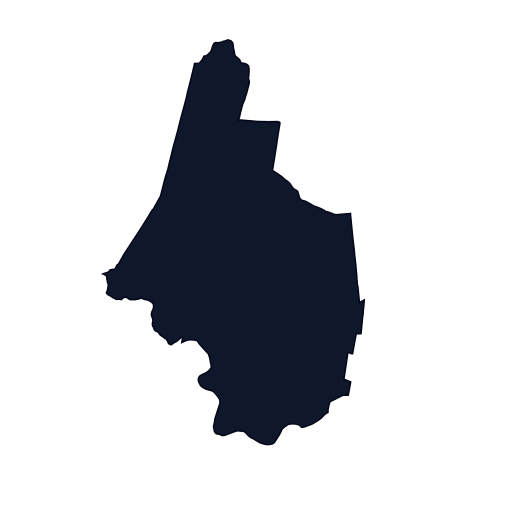 outline of Ghimpeteni, Olt, Romania, rotated 300°
{"feature_id": "2599482B72624598391885", "entity_name": "Ghimpeteni", "entity_type": "district", "adm_level": 2, "iso_a3": "ROU", "parent_name": "Romania", "parent_adm1": "Olt", "projection": "robinson", "projection_center": [24.795, 44.293], "detail": "fine", "context": "isolated", "style": "filled", "palette": "ink", "viewbox_px": 512, "rotation_deg": 300, "n_neighbors": 0, "source": "geoboundaries", "source_scale": "gbopen_adm2", "svg_char_len": 6129}
<svg xmlns="http://www.w3.org/2000/svg" viewBox="0 0 512 512"><g transform="rotate(300 256 256)"><path d="M340.1,316.6L332.6,305.8L331.7,304.5L331.6,303.9L331.2,303.2L330.7,299.3L330.0,295.7L329.4,294.6L329.6,292.3L329.5,288.5L328.9,284.4L328.2,280.6L328.3,276.6L328.2,271.7L327.8,270.0L327.3,268.3L327.2,267.2L327.8,265.3L328.7,264.1L331.8,260.9L332.7,259.9L333.0,258.9L333.1,255.2L333.3,254.2L334.0,252.6L335.8,249.0L336.4,246.3L336.7,243.1L337.7,237.9L338.4,227.5L360.4,219.1L371.2,214.8L383.2,210.3L383.6,209.5L383.5,208.4L383.3,207.8L382.9,206.9L378.7,199.9L375.0,193.2L373.3,190.1L370.1,183.2L365.2,172.8L367.9,172.3L372.3,170.9L380.3,168.7L381.3,168.5L384.5,168.1L386.2,168.0L387.2,167.6L392.2,166.5L401.4,164.0L403.2,163.3L404.2,162.5L405.9,160.8L406.5,160.4L409.2,159.3L412.7,157.5L415.5,155.8L416.8,154.5L417.2,153.4L417.4,152.0L417.0,149.6L416.3,148.1L416.1,147.1L415.9,146.4L416.1,145.8L416.8,145.1L417.3,144.4L417.7,143.8L418.0,143.1L418.4,141.2L418.7,139.0L418.8,138.4L419.2,137.7L419.6,137.1L420.4,136.4L422.7,134.5L423.9,133.3L426.0,131.6L427.2,130.8L428.0,130.2L428.6,129.6L429.2,128.8L429.8,126.7L429.8,126.3L429.6,125.5L429.5,125.0L429.1,123.6L428.8,123.2L428.3,122.9L427.6,122.5L426.7,121.7L426.3,121.1L425.8,120.5L424.6,119.7L423.5,118.7L422.3,117.2L421.3,115.9L421.1,115.1L420.8,114.4L420.1,113.9L419.1,113.4L417.2,113.4L415.9,113.6L415.5,113.6L413.3,114.2L411.7,114.5L410.1,114.6L408.4,114.1L406.1,113.5L405.0,112.9L404.4,112.6L404.0,112.2L403.7,111.7L403.4,111.3L403.2,111.1L402.5,111.0L402.1,111.0L400.9,111.3L398.6,111.2L397.6,111.1L397.2,110.9L394.9,110.5L394.5,110.3L394.0,109.7L392.8,107.8L392.1,106.5L388.9,107.5L385.0,108.7L368.1,113.6L364.6,114.5L358.4,116.5L351.1,118.5L338.5,121.8L325.6,125.5L321.8,126.5L314.8,128.3L308.3,130.0L298.6,132.9L292.2,134.7L291.0,135.1L287.8,136.1L283.8,137.0L278.1,138.3L273.1,139.7L267.0,141.4L261.7,142.9L259.1,143.5L258.0,143.4L244.2,143.6L244.2,143.2L238.2,143.0L235.9,143.0L227.7,142.7L220.9,142.4L214.3,142.1L206.8,141.6L191.6,140.8L179.7,140.9L179.2,140.2L174.2,140.3L174.0,140.1L173.7,139.8L173.4,139.4L173.0,139.0L171.2,136.7L170.4,136.5L169.8,136.5L169.1,136.3L167.8,135.8L167.3,135.4L164.8,133.0L164.1,132.4L163.9,132.3L164.0,132.6L164.1,132.9L164.2,133.1L164.1,134.3L164.0,135.3L163.9,136.0L163.7,136.5L163.4,136.9L162.5,137.8L161.6,138.2L161.4,138.4L160.8,139.2L160.4,139.4L159.7,139.9L158.6,140.9L158.1,141.6L157.4,142.2L156.8,142.7L156.0,143.1L155.2,143.3L153.9,143.7L152.9,144.1L152.5,144.3L151.6,144.6L151.1,144.7L150.0,144.7L149.5,144.7L149.2,145.0L148.7,146.1L148.5,146.7L148.5,148.2L148.6,150.9L148.3,153.2L148.4,153.6L148.6,154.1L148.7,154.7L148.6,155.2L148.5,155.9L148.4,156.3L148.6,156.7L148.9,157.2L149.5,158.1L150.4,159.6L150.6,160.5L150.7,160.9L150.8,161.1L151.3,161.4L152.5,161.6L153.0,161.7L154.2,162.6L154.5,163.0L154.8,163.3L155.3,164.4L155.4,164.7L155.4,165.1L155.4,165.6L155.4,166.1L155.3,166.3L155.2,167.3L155.2,168.0L155.3,168.7L155.5,169.3L155.8,169.8L156.2,170.3L157.1,172.2L157.6,172.9L158.5,173.9L158.8,174.3L159.4,175.1L159.8,175.6L160.3,176.0L160.8,176.4L161.6,177.2L161.9,177.5L162.2,178.1L162.3,178.4L162.4,178.8L162.5,180.0L162.5,180.6L162.8,181.4L162.9,181.8L163.5,183.5L163.6,184.1L163.8,184.8L163.9,185.4L163.8,187.0L163.9,188.0L163.8,188.6L163.4,190.2L163.2,190.7L162.9,191.1L162.2,191.8L161.3,192.4L160.4,192.9L158.4,193.5L157.6,193.6L156.4,193.6L155.7,193.7L153.8,194.2L153.1,194.6L152.5,195.1L152.1,195.4L151.8,195.6L150.9,196.8L150.4,197.4L149.0,198.7L148.5,199.0L148.1,199.2L147.8,199.3L147.4,199.4L146.2,199.8L145.2,200.3L144.9,200.5L144.2,201.1L143.7,201.6L143.5,201.8L143.0,202.8L142.5,203.5L141.3,204.8L141.2,205.0L141.1,205.5L140.9,206.0L141.0,207.9L141.0,209.6L140.9,210.2L140.6,210.7L140.1,211.6L140.1,211.8L140.0,212.0L139.9,212.3L139.7,212.4L139.6,212.6L139.6,212.9L139.6,213.6L139.5,214.9L139.5,215.7L139.4,216.2L139.2,217.3L139.2,217.7L139.2,218.3L139.2,218.8L139.2,219.2L139.1,219.6L138.6,220.8L138.4,221.3L137.9,222.2L137.5,222.8L137.0,223.2L136.8,223.4L136.8,223.6L136.5,224.1L136.4,224.5L136.4,224.9L136.5,226.6L136.7,226.8L137.0,227.1L137.3,227.3L137.9,227.5L138.4,227.8L138.7,227.9L139.7,228.3L140.2,228.6L141.0,229.0L141.5,229.5L142.7,230.1L143.6,230.5L145.1,230.9L145.9,231.2L146.4,231.4L147.3,231.6L148.4,232.1L149.2,232.5L149.5,232.9L143.9,235.0L144.2,235.2L147.5,237.5L150.0,240.0L151.5,242.7L152.7,245.4L153.1,247.3L152.7,248.5L151.7,250.4L148.8,259.1L147.5,263.5L146.4,264.9L144.1,267.3L141.2,269.7L138.5,272.1L137.1,273.0L135.2,272.9L132.8,272.4L129.9,271.1L127.8,269.6L124.5,267.5L122.9,267.1L121.3,267.3L119.6,268.1L118.1,269.6L116.1,272.7L115.6,275.1L115.6,277.6L115.8,279.9L116.5,282.5L117.2,285.0L117.2,287.3L116.4,289.9L115.6,292.1L114.5,294.6L113.6,296.1L112.3,297.3L110.3,298.5L106.9,299.1L101.5,300.3L94.6,301.8L90.2,303.5L87.0,304.5L85.4,305.9L83.7,307.3L82.6,308.8L82.2,310.6L83.0,312.8L83.5,314.1L83.4,315.7L83.9,317.0L84.9,318.4L87.1,320.3L91.8,324.1L94.2,326.1L95.6,327.7L96.4,329.7L97.3,331.4L97.9,332.9L97.9,335.0L96.7,338.9L96.2,341.1L96.2,343.3L96.4,345.2L96.3,347.3L96.2,352.0L96.5,354.3L97.6,358.6L98.6,360.5L99.6,362.0L101.1,363.7L102.2,364.7L104.1,365.2L112.5,365.6L116.2,365.5L118.0,365.2L120.0,365.4L122.4,366.2L123.9,367.0L125.5,367.7L126.6,368.3L127.4,369.5L128.6,371.0L129.4,372.4L130.3,374.4L131.2,377.2L131.1,378.8L130.7,380.0L130.4,381.1L130.9,382.0L132.1,383.3L138.5,388.6L141.7,390.4L144.5,391.9L148.3,393.6L150.7,394.2L153.1,394.7L155.1,395.6L156.5,396.6L158.5,395.4L163.2,393.8L164.7,393.4L166.9,393.0L170.3,395.3L173.2,397.2L177.5,400.0L178.8,400.9L179.3,401.6L180.6,403.9L181.6,405.5L194.3,401.0L193.8,397.2L193.2,393.8L218.0,384.0L218.3,384.0L218.6,384.4L219.0,386.3L219.1,387.3L219.4,388.3L219.7,388.5L220.0,388.4L229.4,385.0L238.7,381.7L239.3,382.6L239.8,383.5L241.1,385.8L243.5,384.8L249.4,382.1L257.3,378.5L259.0,377.9L260.2,377.4L261.6,376.6L265.8,374.7L269.2,373.2L272.1,371.7L267.4,368.9L280.5,359.5L282.0,358.0L285.1,355.9L286.8,354.7L288.0,354.0L289.1,353.3L292.0,351.2L295.7,348.6L298.0,347.0L304.4,342.3L306.3,340.9L310.6,337.9L318.6,331.9L332.6,321.8L339.5,316.9L340.1,316.6Z" fill="#0f172a" stroke="#020617" stroke-width="1.5"/></g></svg>